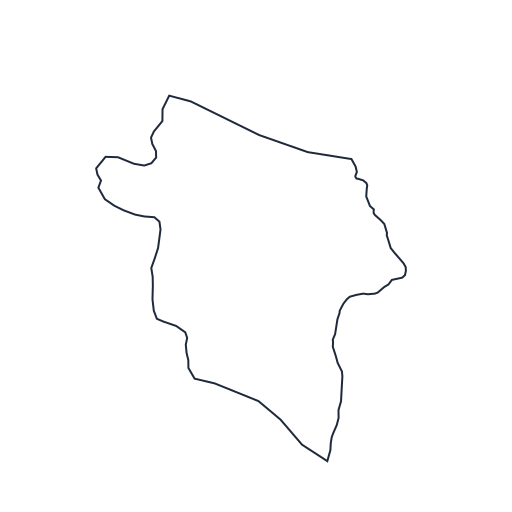 Mayo-Sava, Extrême-Nord, Cameroon (Robinson projection), rotated 127°
{"feature_id": "32672807B4790524999002", "entity_name": "Mayo-Sava", "entity_type": "district", "adm_level": 2, "iso_a3": "CMR", "parent_name": "Cameroon", "parent_adm1": "Extrême-Nord", "projection": "robinson", "projection_center": [14.142, 11.061], "detail": "fine", "context": "isolated", "style": "outline", "palette": "slate", "viewbox_px": 512, "rotation_deg": 127, "n_neighbors": 0, "source": "geoboundaries", "source_scale": "gbopen_adm2", "svg_char_len": 1586}
<svg xmlns="http://www.w3.org/2000/svg" viewBox="0 0 512 512"><g transform="rotate(127 256 256)"><path d="M390.9,231.2L382.6,212.3L381.4,207.8L370.4,166.7L371.9,138.0L379.0,105.6L376.9,75.6L366.4,79.7L360.4,83.7L355.1,86.5L351.4,87.6L342.3,89.8L335.6,92.6L329.4,97.4L320.8,100.7L308.8,108.8L300.1,114.6L296.5,117.9L292.2,126.5L288.2,131.6L282.3,140.0L278.3,142.7L276.7,144.3L270.8,145.8L257.5,152.9L251.4,154.9L249.3,156.2L244.6,157.0L241.3,157.5L235.8,157.4L232.1,156.6L226.6,152.4L221.5,147.7L219.2,143.6L214.5,138.4L212.0,136.8L203.5,134.9L199.0,133.1L193.3,133.1L185.3,126.2L181.6,125.5L177.4,127.5L174.7,129.9L173.0,133.9L170.0,147.7L168.6,153.2L164.5,158.8L160.8,164.0L158.7,165.3L153.2,172.8L152.3,178.1L151.7,185.6L151.1,187.6L149.4,189.1L147.9,189.9L147.5,195.1L146.6,196.5L145.5,198.3L142.1,203.8L135.5,208.1L132.6,209.7L131.3,211.8L131.1,216.0L133.0,221.2L133.7,222.3L133.0,224.2L132.4,224.8L128.2,226.0L124.6,230.3L121.9,236.4L121.1,238.2L122.0,239.7L141.9,277.2L157.5,326.2L171.8,401.1L180.2,421.8L195.0,419.0L204.5,412.0L208.2,412.1L218.0,412.5L224.6,411.1L228.9,406.3L232.4,399.0L237.5,395.0L244.9,395.4L251.0,399.7L255.8,409.0L260.2,425.7L267.3,435.8L282.2,436.4L286.4,431.6L289.0,425.2L296.3,423.0L301.6,410.9L301.1,399.3L299.2,389.3L295.7,377.5L291.7,369.1L286.2,360.5L286.7,353.8L292.3,348.2L308.6,339.0L319.3,335.3L328.6,332.4L334.8,326.0L341.8,320.5L352.9,312.6L361.2,304.7L365.8,297.4L364.1,290.5L359.9,277.6L359.7,271.7L359.5,266.6L362.8,261.7L369.1,258.7L375.2,253.1L379.9,247.4L386.1,242.6L390.9,231.2Z" fill="none" stroke="#1e293b" stroke-width="2"/></g></svg>